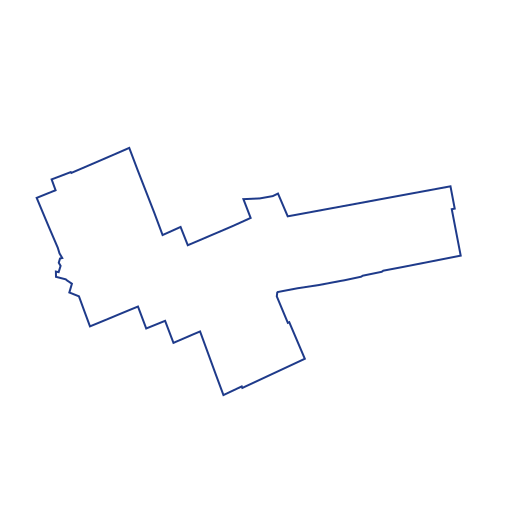 the district of Penobscot, Maine, United States of America, rotated 79°
{"feature_id": "52423323B50427589653668", "entity_name": "Penobscot", "entity_type": "district", "adm_level": 2, "iso_a3": "USA", "parent_name": "United States of America", "parent_adm1": "Maine", "projection": "natural_earth1", "projection_center": [-68.652, 45.52], "detail": "fine", "context": "isolated", "style": "outline", "palette": "blue", "viewbox_px": 512, "rotation_deg": 79, "n_neighbors": 0, "source": "geoboundaries", "source_scale": "gbopen_adm2", "svg_char_len": 1025}
<svg xmlns="http://www.w3.org/2000/svg" viewBox="0 0 512 512"><g transform="rotate(79 256 256)"><path d="M366.2,227.7L327.3,236.0L327.7,237.5L299.6,243.3L295.9,242.1L295.5,241.4L295.6,221.2L296.5,199.8L296.6,178.0L296.7,174.0L296.4,156.8L295.7,155.0L295.5,135.6L294.7,133.9L294.8,114.9L294.7,55.0L247.4,54.9L247.4,51.9L224.7,51.8L223.2,210.0L223.1,217.3L198.9,222.5L200.4,228.1L200.2,241.3L197.8,257.5L217.6,254.0L222.3,273.8L232.4,320.9L213.1,324.5L217.6,343.7L194.2,347.6L148.5,355.9L125.7,359.8L130.2,380.1L139.2,421.4L138.3,421.8L141.8,442.0L153.2,440.2L157.1,460.2L179.8,455.5L188.4,453.7L210.1,449.0L215.9,448.4L221.0,446.6L221.1,448.9L225.0,450.9L228.4,449.7L234.2,452.8L233.1,455.4L238.3,456.3L242.6,447.2L243.9,446.2L248.1,442.0L256.2,446.2L261.8,437.5L278.1,434.9L293.4,432.4L291.6,423.4L288.3,407.2L287.4,402.9L284.8,390.1L283.1,381.5L306.2,377.6L302.3,357.6L325.5,353.6L320.9,332.5L319.4,325.3L365.1,318.0L386.3,314.5L381.3,294.9L382.9,294.6L366.2,227.7Z" fill="none" stroke="#1e3a8a" stroke-width="2"/></g></svg>